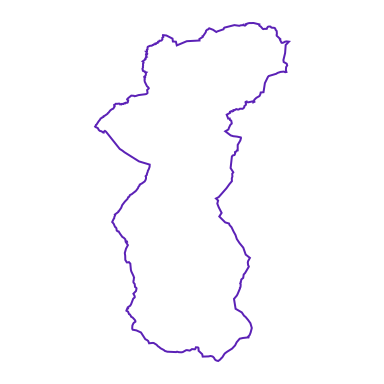 outline of Poiana Stampei, Suceava, Romania
{"feature_id": "2599482B11463008171196", "entity_name": "Poiana Stampei", "entity_type": "district", "adm_level": 2, "iso_a3": "ROU", "parent_name": "Romania", "parent_adm1": "Suceava", "projection": "natural_earth1", "projection_center": [25.094, 47.238], "detail": "fine", "context": "isolated", "style": "outline", "palette": "violet", "viewbox_px": 384, "rotation_deg": 0, "n_neighbors": 0, "source": "geoboundaries", "source_scale": "gbopen_adm2", "svg_char_len": 5940}
<svg xmlns="http://www.w3.org/2000/svg" viewBox="0 0 384 384"><path d="M249.3,337.6L247.9,336.9L249.6,335.1L250.6,332.6L251.8,328.0L250.4,323.2L248.1,320.0L245.6,317.0L244.0,315.7L241.8,312.4L235.6,308.8L234.0,298.9L236.8,295.6L237.5,294.3L240.0,288.4L239.9,287.9L240.5,287.0L240.7,284.6L240.2,283.4L240.8,282.7L240.6,282.1L241.1,280.9L241.3,279.5L243.2,277.9L243.7,274.5L245.1,273.0L248.8,266.7L248.8,266.4L248.1,265.1L247.8,262.5L248.1,261.1L249.9,257.9L245.7,254.6L243.3,247.7L239.6,243.2L236.8,239.0L235.5,235.0L233.6,231.6L231.5,227.2L229.6,225.1L229.0,223.5L225.2,222.4L219.3,216.5L221.6,212.9L218.7,207.2L217.3,203.6L218.1,200.5L216.0,198.5L218.7,197.1L226.5,188.2L229.6,183.9L231.9,181.2L231.8,178.4L232.4,176.5L232.2,173.8L233.3,172.3L230.6,168.1L231.9,156.5L232.7,155.5L234.5,155.0L235.1,153.7L235.0,152.1L236.3,151.5L236.8,150.5L237.7,150.4L237.7,144.9L240.3,140.5L241.0,138.0L240.8,137.4L236.9,136.6L233.3,136.2L230.7,135.4L225.3,131.3L228.4,129.5L229.0,127.7L230.4,124.8L231.7,123.6L231.7,122.9L231.2,120.6L230.0,120.0L229.7,118.5L228.2,118.6L226.7,114.7L230.1,112.8L230.0,111.8L231.5,111.1L232.1,111.5L233.4,111.0L233.4,110.1L235.4,109.8L236.2,109.1L238.1,109.6L239.1,109.3L240.0,108.7L242.6,108.8L243.6,108.1L244.2,107.3L244.3,106.2L245.8,104.9L246.0,104.0L245.5,102.3L245.6,101.9L246.4,101.6L246.4,102.1L248.4,102.3L252.9,101.3L253.2,102.4L254.4,101.8L254.1,101.1L254.2,100.1L254.6,99.5L256.4,97.8L259.4,96.1L260.2,94.6L260.7,92.5L263.5,92.2L264.9,83.1L268.0,76.8L268.8,76.0L276.2,73.8L277.6,72.9L280.6,71.9L283.8,71.6L285.2,72.2L286.4,72.0L285.9,70.1L286.1,67.1L287.2,65.4L286.7,63.7L283.7,62.0L283.4,60.1L285.1,53.1L285.7,45.0L288.9,41.7L286.5,41.4L285.0,41.7L283.4,42.6L282.0,42.9L281.5,42.7L279.9,39.6L280.3,39.1L276.7,35.7L276.6,34.8L276.9,34.1L276.7,31.1L275.5,29.6L275.2,28.5L274.8,28.1L274.0,27.8L271.9,27.7L271.3,27.5L270.5,26.6L269.0,26.5L267.9,26.8L267.2,27.7L266.8,28.8L265.8,28.9L264.8,28.8L263.3,29.1L262.8,28.9L260.7,26.5L259.4,25.7L259.2,25.3L259.4,24.4L253.6,23.0L249.1,23.1L247.9,23.4L245.9,24.1L246.2,24.6L245.0,25.6L244.2,25.5L243.4,24.7L242.6,25.2L240.8,25.3L239.3,25.8L234.4,25.1L224.5,27.6L223.9,28.2L223.5,29.3L217.3,31.4L216.3,32.0L213.1,29.8L209.2,28.3L208.3,29.3L207.3,29.6L206.1,30.7L205.7,32.3L203.1,36.1L202.6,36.2L202.7,37.0L199.4,39.0L199.5,40.5L186.8,41.2L176.8,45.4L175.9,41.7L172.9,41.5L172.5,38.6L166.4,35.5L163.0,35.1L162.9,35.4L163.3,37.0L162.3,37.8L162.4,39.4L161.5,40.5L160.2,40.8L159.5,40.7L159.1,41.5L158.3,41.6L158.2,41.9L157.9,42.0L157.8,42.8L156.2,43.2L156.0,43.9L155.6,44.1L155.1,43.8L154.9,44.2L153.7,44.4L153.4,44.9L152.6,45.0L151.8,45.7L150.0,45.8L147.8,46.8L147.5,47.8L147.5,49.4L146.9,49.7L147.0,51.5L146.2,51.6L146.7,52.1L146.3,53.5L146.8,53.3L147.1,53.7L146.6,54.0L146.8,54.5L146.2,54.7L146.3,55.2L146.1,56.0L146.3,56.4L146.2,56.7L146.6,57.0L145.8,57.5L145.7,58.4L145.3,58.6L145.5,59.2L145.3,59.4L142.6,61.4L143.4,62.1L143.6,62.7L143.0,63.8L143.1,65.8L142.9,66.4L143.0,67.5L142.4,68.9L142.8,69.7L142.8,70.6L143.2,71.1L144.7,71.4L144.9,72.0L146.4,72.4L145.7,73.1L145.9,73.8L145.8,75.0L145.1,76.1L144.5,76.5L145.2,77.2L145.1,77.5L144.5,77.8L144.7,78.1L144.6,78.9L144.8,79.2L144.5,79.9L144.8,81.8L146.9,86.1L148.2,87.3L148.8,88.2L148.7,88.5L147.1,90.1L147.5,92.3L147.4,93.2L146.3,94.0L145.5,94.2L138.5,95.1L135.8,96.0L134.4,96.2L133.9,95.8L131.3,95.6L128.2,98.1L127.1,99.3L127.5,100.0L128.2,100.3L127.8,102.2L127.5,102.4L127.4,102.7L126.1,102.7L125.6,103.2L125.3,102.9L123.6,103.6L123.5,104.0L122.3,103.9L121.6,104.3L121.4,104.0L120.1,104.4L119.6,103.7L119.0,103.6L117.5,103.8L115.7,103.8L115.0,104.6L114.3,104.8L114.6,106.2L114.3,106.3L114.5,106.7L113.3,108.6L111.6,109.4L110.2,110.5L108.6,112.6L107.9,113.1L107.5,113.8L104.5,115.9L103.6,116.2L103.4,117.0L102.2,117.4L101.8,117.9L100.6,118.5L100.1,119.5L98.5,121.5L96.6,124.5L95.9,125.0L95.7,125.8L95.1,126.6L95.6,127.1L97.7,128.0L98.1,128.6L98.6,129.7L99.4,130.5L100.1,131.0L101.5,131.3L103.1,132.5L103.7,132.6L103.9,131.7L104.9,130.9L106.0,131.7L119.7,148.9L122.5,150.7L124.4,152.2L139.0,161.4L149.7,164.6L149.6,166.8L148.7,169.4L147.9,170.7L147.7,171.9L146.9,173.8L146.9,174.8L145.6,176.2L146.0,177.0L146.0,178.5L145.6,179.8L144.7,181.4L142.1,183.3L139.7,184.6L139.6,185.5L138.5,186.7L138.0,188.1L136.0,190.8L131.6,194.3L130.2,194.9L129.7,195.4L129.4,196.4L128.7,197.1L128.2,197.2L127.5,198.9L124.8,201.7L122.2,205.1L121.2,207.8L118.8,211.2L118.4,211.4L118.3,212.0L114.8,214.6L115.1,215.3L114.3,217.1L114.2,218.2L113.5,219.2L112.2,222.0L113.7,223.8L114.8,226.4L115.3,227.2L115.8,227.4L116.4,228.3L116.7,230.5L117.6,231.3L118.6,231.4L120.0,233.7L122.4,237.0L123.7,237.7L125.3,239.3L125.5,240.8L127.0,241.5L127.1,241.9L126.0,242.3L127.9,245.1L126.0,248.7L124.8,253.0L125.2,255.8L125.3,259.9L126.8,262.4L128.3,262.4L128.9,262.1L130.3,263.6L130.9,269.9L131.3,271.4L133.4,275.8L134.1,277.8L133.9,278.1L133.7,280.3L133.4,281.0L133.5,282.5L134.7,284.0L135.0,286.9L136.3,287.9L136.5,288.6L136.0,291.0L133.4,293.7L134.7,296.2L134.7,297.4L133.2,298.7L131.1,304.2L130.2,305.7L127.7,307.4L127.6,307.7L128.0,308.5L127.0,309.0L126.4,310.7L128.1,311.7L129.0,314.1L129.8,314.4L130.9,316.0L131.0,316.6L132.7,317.6L134.8,319.9L135.4,321.0L135.4,321.7L133.8,322.8L133.3,323.5L132.4,325.5L132.2,328.3L132.3,328.9L132.7,329.7L136.4,330.4L141.0,332.5L145.3,339.2L146.9,340.0L148.2,341.0L149.1,343.3L152.8,342.9L153.7,343.0L156.5,344.7L158.1,346.4L159.1,347.0L160.6,348.3L163.8,350.0L164.8,350.9L167.3,351.7L176.1,352.1L177.0,351.7L178.9,352.2L181.7,352.3L182.9,352.0L186.1,350.2L186.9,350.1L189.8,350.6L192.0,349.1L194.9,349.3L195.3,348.9L195.9,347.3L197.8,347.4L198.3,347.7L198.5,348.2L198.6,350.8L202.2,354.2L202.7,356.6L208.7,356.4L210.4,356.0L212.0,356.3L212.9,356.7L214.0,357.8L214.8,359.3L215.5,360.0L216.4,360.5L218.2,361.0L220.2,359.5L221.5,358.0L222.2,357.5L224.3,354.1L225.0,353.3L227.0,351.8L232.1,348.6L235.1,345.4L236.7,342.2L239.7,338.7L242.9,338.0L248.0,337.4L249.3,337.6Z" fill="none" stroke="#5b21b6" stroke-width="2"/></svg>